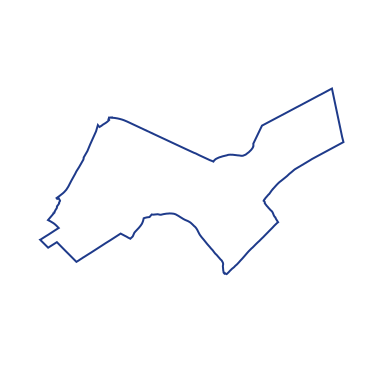 Diemen, Noord-Holland, Netherlands (Robinson projection), rotated 351°
{"feature_id": "6326949B31079897562518", "entity_name": "Diemen", "entity_type": "district", "adm_level": 2, "iso_a3": "NLD", "parent_name": "Netherlands", "parent_adm1": "Noord-Holland", "projection": "robinson", "projection_center": [4.985, 52.335], "detail": "fine", "context": "isolated", "style": "outline", "palette": "blue", "viewbox_px": 384, "rotation_deg": 351, "n_neighbors": 0, "source": "geoboundaries", "source_scale": "gbopen_adm2", "svg_char_len": 5696}
<svg xmlns="http://www.w3.org/2000/svg" viewBox="0 0 384 384"><g transform="rotate(351 192 192)"><path d="M272.3,235.3L272.1,234.9L270.7,231.6L270.6,231.3L270.5,230.9L270.4,230.4L270.4,230.2L270.2,229.9L270.0,229.7L269.9,229.6L269.6,229.1L269.4,228.6L269.1,227.6L268.5,225.0L268.1,224.0L267.7,223.3L267.1,222.6L266.5,221.8L265.8,220.7L265.5,220.2L264.9,219.4L264.7,218.9L263.6,217.3L263.4,216.9L263.2,216.5L263.0,216.1L262.8,215.8L262.5,215.2L262.2,214.6L262.1,214.4L262.1,214.2L262.3,213.7L262.2,213.1L262.1,212.9L262.0,212.6L261.6,212.1L261.4,211.9L262.3,210.7L262.8,210.4L263.0,210.2L263.2,209.9L263.7,209.4L264.8,208.5L267.4,206.3L267.8,206.2L268.0,206.0L271.1,202.8L272.0,202.1L272.2,201.8L272.3,201.8L273.4,200.9L276.6,198.3L278.2,197.1L279.8,196.0L281.8,194.9L283.2,194.1L286.7,192.1L288.4,191.1L291.0,189.3L293.1,188.1L294.6,187.2L296.2,186.2L296.6,186.0L296.9,185.8L297.6,185.5L312.6,179.5L315.7,178.2L349.4,166.4L348.9,161.1L346.4,111.7L271.5,137.4L260.1,153.9L260.0,155.3L259.9,155.8L259.6,156.3L259.7,156.5L259.5,156.8L259.4,157.1L259.1,157.5L258.9,157.8L258.6,158.1L258.2,158.5L257.9,158.8L257.4,159.3L256.9,159.7L256.6,160.0L255.8,160.5L254.6,161.4L254.1,161.7L253.3,162.1L252.6,162.5L251.8,162.9L251.6,163.1L251.2,163.3L250.9,163.4L250.4,163.6L249.8,163.7L249.4,163.8L248.6,164.0L248.2,164.1L247.7,164.1L247.3,164.1L246.9,164.0L246.5,164.0L246.1,163.9L245.9,163.8L245.0,163.5L244.3,163.3L243.6,163.1L242.6,162.9L241.7,162.6L239.9,162.1L238.5,161.7L237.8,161.5L237.2,161.4L236.5,161.3L235.5,161.1L235.1,161.1L234.6,161.0L234.2,161.0L233.9,161.0L233.3,161.0L232.8,161.1L232.3,161.2L228.5,161.5L227.5,161.6L226.9,161.7L225.7,161.9L224.7,162.0L223.8,162.2L222.7,162.5L222.4,162.6L221.7,162.8L221.1,163.0L220.4,163.3L220.0,163.5L219.8,163.7L219.3,164.0L218.8,164.4L218.6,164.5L217.9,165.3L217.0,164.7L214.4,163.2L213.7,162.7L204.9,156.8L201.7,154.5L201.0,154.1L200.7,153.9L200.4,153.8L200.1,153.6L199.8,153.4L192.9,148.8L164.2,129.4L145.9,117.0L142.5,114.7L140.9,113.6L138.5,112.0L137.5,111.4L136.4,110.7L135.5,110.2L134.2,109.5L133.3,109.1L132.0,108.5L131.0,108.1L130.0,107.7L127.9,107.0L126.6,106.6L124.3,106.1L124.4,105.8L123.7,105.7L123.6,105.9L121.7,105.5L121.0,107.4L120.8,107.4L120.8,107.5L121.4,107.6L121.5,107.9L121.1,108.2L120.5,108.6L120.2,108.8L119.6,109.2L118.9,109.6L117.5,110.3L116.8,110.6L116.3,110.8L115.6,111.1L114.6,111.5L112.8,112.5L112.0,112.8L111.8,112.9L111.2,113.1L110.9,113.3L110.2,112.5L109.5,111.2L106.7,117.1L98.9,129.0L95.1,135.2L90.4,141.0L90.2,142.0L89.7,143.1L84.4,149.7L80.9,153.7L79.5,155.7L74.5,162.1L70.7,167.3L68.2,170.1L66.0,171.9L64.4,173.0L60.1,175.4L57.3,176.8L57.8,177.7L58.8,177.4L59.3,177.2L59.7,178.4L59.7,178.5L59.8,178.6L59.9,178.9L60.2,179.6L60.3,180.0L60.2,180.2L60.0,180.5L59.9,180.6L59.4,181.2L59.2,181.5L59.0,181.8L59.0,182.0L59.0,182.3L58.9,182.4L58.9,182.5L58.6,182.8L58.3,183.3L58.2,183.4L58.0,183.6L57.3,184.2L57.0,184.4L57.0,184.5L56.9,184.6L56.7,184.9L56.5,185.1L56.4,185.2L56.3,185.3L56.2,186.0L56.1,186.4L55.9,186.6L55.8,186.9L55.6,187.2L55.2,187.5L54.9,187.8L54.4,188.4L54.1,188.8L53.9,189.1L53.4,189.8L53.0,190.6L52.9,190.6L52.9,190.8L52.8,191.0L52.6,191.1L51.9,191.4L51.8,191.5L51.7,191.5L51.7,191.8L45.4,197.2L47.3,198.6L47.7,198.9L49.0,200.0L50.4,201.2L51.7,202.6L52.8,204.0L54.7,206.7L50.5,208.5L48.3,209.5L43.6,211.6L41.2,212.6L38.4,213.8L35.7,215.0L35.1,215.3L34.6,215.4L35.2,216.3L41.2,224.5L50.7,220.4L57.7,230.2L60.7,234.3L66.9,242.9L69.4,241.9L70.4,241.4L74.5,239.6L74.4,239.6L74.5,239.5L75.0,239.4L79.6,237.4L82.7,236.1L94.0,231.1L98.7,229.0L103.7,226.9L115.0,221.9L119.3,225.1L120.4,225.9L121.0,226.4L121.7,227.0L123.8,228.5L124.3,228.1L125.4,227.4L125.7,227.2L126.1,226.9L126.4,226.7L126.6,226.5L126.8,226.2L127.2,225.6L127.4,225.2L128.8,223.1L130.0,222.1L134.0,219.0L136.0,217.2L137.6,215.5L138.6,213.9L139.2,212.8L140.2,210.4L141.2,210.2L142.3,210.1L143.5,210.0L146.1,210.1L148.7,207.9L150.0,208.3L154.7,208.6L157.0,209.5L157.6,209.6L158.1,209.6L159.0,209.5L160.7,209.4L162.0,209.4L163.5,209.4L165.3,209.6L166.2,209.6L167.2,209.8L168.2,210.0L169.8,210.4L170.8,210.7L171.3,211.0L171.8,211.2L172.5,211.6L173.1,212.1L174.9,213.5L175.9,214.4L177.5,215.8L178.1,216.3L179.0,217.1L179.9,217.8L181.0,218.6L183.3,220.0L184.6,221.0L185.1,221.4L186.0,222.3L186.4,222.8L187.5,224.2L188.8,226.0L189.6,226.9L190.1,227.7L190.6,228.6L190.8,229.1L191.2,230.0L191.5,230.9L191.9,232.2L192.6,234.3L192.9,235.2L193.4,236.2L194.3,237.9L194.5,238.3L194.7,238.6L196.1,240.9L198.9,245.8L201.3,249.6L201.4,249.8L201.5,249.9L201.6,250.2L201.7,250.4L202.4,251.4L203.4,252.9L203.6,253.3L203.9,253.9L204.7,255.4L205.1,256.1L205.4,256.6L205.8,257.1L206.2,257.6L206.6,258.2L206.9,258.6L207.2,259.1L207.4,259.5L207.8,260.1L209.6,263.0L210.4,264.0L210.7,264.5L210.9,265.1L211.2,265.9L211.4,266.5L211.5,267.1L211.5,267.5L211.5,267.8L211.5,268.1L211.2,269.0L211.1,269.3L210.9,270.1L210.8,270.6L210.8,271.1L210.8,271.8L210.7,272.6L210.7,273.2L210.6,274.1L210.6,275.0L210.7,275.3L210.7,275.6L210.7,275.8L210.6,276.5L210.8,276.9L211.0,277.2L211.3,277.7L211.8,277.4L211.9,277.6L212.3,277.8L213.1,278.5L213.8,278.3L214.7,277.6L215.5,277.1L215.7,276.9L216.0,276.7L216.5,276.3L217.5,275.5L218.3,275.0L218.9,274.5L219.7,274.0L220.6,273.5L221.3,273.1L221.8,272.8L223.2,271.7L224.5,270.9L225.0,270.6L227.2,268.9L229.0,267.4L229.9,266.7L231.2,265.7L234.2,263.2L236.3,261.4L236.9,260.9L238.6,259.5L239.4,258.9L241.2,257.6L242.0,257.0L242.9,256.5L245.1,254.9L245.9,254.3L246.7,253.7L247.4,253.2L248.4,252.5L250.3,251.2L250.7,251.0L251.6,250.3L253.4,249.0L254.4,248.3L255.3,247.7L256.6,246.7L259.7,244.4L260.4,243.9L261.7,242.9L264.3,241.0L265.8,239.9L267.7,238.4L268.8,237.6L271.1,236.0L272.3,235.3Z" fill="none" stroke="#1e3a8a" stroke-width="2"/></g></svg>